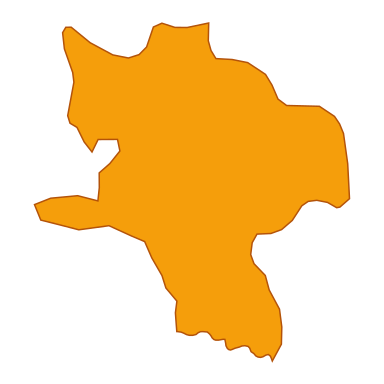 Vagharshapat, Armavir, Armenia (Mercator projection)
{"feature_id": "60910142B34420650241433", "entity_name": "Vagharshapat", "entity_type": "district", "adm_level": 2, "iso_a3": "ARM", "parent_name": "Armenia", "parent_adm1": "Armavir", "projection": "mercator", "projection_center": [44.272, 40.151], "detail": "fine", "context": "isolated", "style": "filled", "palette": "amber", "viewbox_px": 384, "rotation_deg": 0, "n_neighbors": 0, "source": "geoboundaries", "source_scale": "gbopen_adm2", "svg_char_len": 1548}
<svg xmlns="http://www.w3.org/2000/svg" viewBox="0 0 384 384"><path d="M77.0,127.4L84.2,142.0L92.0,152.0L98.1,139.5L117.5,139.4L119.9,151.0L109.9,163.5L99.2,172.9L99.3,187.7L97.9,200.9L77.7,195.7L50.7,198.2L34.5,204.6L40.8,220.1L58.7,224.6L78.8,229.8L109.0,225.7L132.2,236.3L144.7,241.6L151.8,257.9L162.0,275.6L165.9,288.0L176.9,301.1L175.4,312.8L176.3,325.2L176.8,331.6L177.4,331.6L181.1,332.1L183.6,333.1L186.6,334.6L189.3,335.3L192.8,335.3L196.0,334.5L198.2,332.7L200.4,331.7L202.8,331.6L207.3,332.0L209.6,334.0L211.0,335.8L212.2,337.9L213.9,339.5L215.6,340.1L218.7,340.1L223.1,339.3L224.9,339.4L225.7,343.5L226.0,345.8L227.4,348.5L228.8,349.6L230.5,350.0L232.3,349.4L235.1,348.2L239.2,347.1L241.9,346.0L244.9,345.7L248.1,346.4L249.7,348.1L250.4,350.0L251.1,351.7L253.8,353.5L255.8,355.9L257.9,357.0L260.5,357.4L262.9,356.8L265.9,355.1L268.3,354.5L270.4,356.1L271.4,358.5L272.3,361.0L281.4,344.2L281.8,327.0L279.5,309.2L269.2,290.0L265.3,275.5L254.0,263.7L250.7,254.6L252.2,242.7L257.0,234.1L270.9,233.5L281.6,229.6L292.3,220.4L301.8,205.8L308.2,201.4L316.8,200.3L327.5,202.4L336.7,207.7L339.9,207.1L349.5,198.7L347.7,163.7L343.5,133.5L339.6,124.0L334.5,116.4L319.4,106.3L286.6,105.5L278.0,99.1L272.0,85.1L265.5,74.4L247.7,62.6L232.1,59.5L215.9,58.6L211.0,50.5L208.3,40.8L208.7,23.0L187.2,27.5L174.9,27.4L161.9,23.2L153.4,27.0L146.6,47.0L139.1,54.6L128.4,58.0L112.8,54.9L90.1,42.7L71.2,27.2L65.8,27.3L62.6,32.7L64.4,48.9L72.7,72.5L73.9,82.2L70.3,101.6L67.7,115.7L70.0,123.2L77.0,127.4Z" fill="#f59e0b" stroke="#b45309" stroke-width="1.5"/></svg>